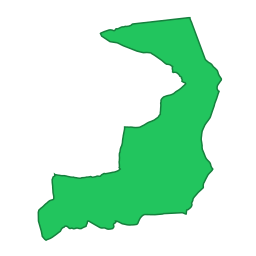 Harf Sufyan, Amran, Yemen, rotated 85°
{"feature_id": "15242507B58979028300057", "entity_name": "Harf Sufyan", "entity_type": "district", "adm_level": 2, "iso_a3": "YEM", "parent_name": "Yemen", "parent_adm1": "Amran", "projection": "natural_earth1", "projection_center": [43.96, 16.372], "detail": "fine", "context": "isolated", "style": "filled", "palette": "green", "viewbox_px": 256, "rotation_deg": 85, "n_neighbors": 0, "source": "geoboundaries", "source_scale": "gbopen_adm2", "svg_char_len": 5755}
<svg xmlns="http://www.w3.org/2000/svg" viewBox="0 0 256 256"><g transform="rotate(85 128 128)"><path d="M216.4,100.1L217.1,81.4L217.5,80.3L218.7,78.1L218.7,77.5L216.0,77.0L214.6,76.4L214.6,75.4L213.2,73.2L211.9,71.8L210.7,71.2L210.2,71.0L209.5,71.0L208.3,71.2L206.0,69.8L205.4,69.7L204.5,69.4L203.8,69.1L203.1,68.5L202.4,67.9L200.4,65.8L199.7,65.1L198.5,63.9L198.0,63.3L196.9,61.9L196.4,61.2L194.8,59.2L194.2,58.4L193.5,58.1L191.8,58.1L191.0,57.9L190.3,57.7L189.4,57.4L188.8,56.9L188.0,56.4L187.3,56.0L185.0,54.6L181.9,52.6L181.1,51.9L180.5,51.3L179.8,50.5L179.3,49.9L177.6,48.0L177.1,47.7L176.3,47.1L175.1,47.9L173.7,48.5L172.9,48.7L171.0,49.0L170.4,49.2L169.7,49.5L169.3,49.7L168.4,50.4L167.2,51.4L166.3,52.1L165.4,52.7L163.8,53.4L159.3,54.7L156.2,55.7L156.0,55.8L153.8,55.9L151.8,55.7L148.4,55.9L146.1,56.1L144.4,55.9L143.4,55.7L142.1,55.4L140.4,55.1L137.6,54.4L134.4,52.7L133.4,52.1L131.9,51.3L130.0,49.8L127.2,47.3L125.2,45.6L124.4,45.1L122.9,44.4L120.8,43.5L117.8,42.2L117.2,41.9L113.4,40.2L112.1,39.8L111.0,39.4L106.5,37.2L101.7,35.2L100.5,34.6L99.7,34.2L99.4,34.1L99.2,34.6L99.0,34.8L98.5,35.1L97.9,35.4L96.8,35.8L96.3,35.8L95.2,35.7L94.5,35.5L93.8,35.3L93.0,34.8L92.2,34.2L89.1,31.6L88.5,31.0L87.8,30.8L87.4,30.7L87.1,30.8L86.6,31.0L85.9,31.4L85.5,31.6L83.8,32.6L83.5,32.7L82.9,32.9L82.2,33.2L81.1,33.4L80.3,33.6L79.3,33.8L78.2,34.3L77.8,34.6L75.9,36.2L74.5,37.6L74.2,37.8L72.3,38.9L71.8,39.2L71.5,39.6L70.9,40.2L69.9,41.7L69.3,42.4L68.6,43.1L66.9,44.7L66.2,45.1L31.7,54.6L28.3,55.5L26.3,56.2L24.4,56.7L23.5,56.7L23.4,58.1L24.8,114.1L24.9,114.4L25.0,114.8L25.5,115.4L25.8,115.7L25.9,116.0L26.1,116.4L26.3,117.2L26.5,117.8L26.6,118.2L26.6,118.6L26.7,120.1L26.7,120.8L26.5,121.9L26.6,122.3L26.8,123.0L26.9,123.4L26.9,123.7L26.8,124.4L26.8,125.2L26.9,125.6L27.1,126.3L27.6,127.7L27.8,128.0L28.0,128.7L28.2,129.5L28.3,129.8L28.3,130.2L28.1,130.9L28.2,131.3L28.4,131.6L28.7,131.8L28.9,132.0L29.5,132.5L29.6,132.8L29.8,133.1L29.8,133.5L29.7,133.9L29.6,134.3L29.4,134.6L29.2,134.9L29.0,135.6L28.8,136.4L28.7,137.1L28.7,137.9L28.7,138.4L28.8,138.7L29.9,143.2L30.8,145.9L30.9,146.4L31.4,147.2L34.2,146.2L40.4,138.4L42.2,131.2L45.6,125.6L52.2,112.3L54.3,106.1L54.4,102.6L55.1,98.8L56.1,97.7L57.9,95.2L59.9,92.8L62.0,90.3L63.5,88.5L66.0,86.1L66.9,85.2L67.8,84.0L68.1,82.3L68.8,80.4L70.0,79.2L70.6,78.2L71.8,78.6L73.2,78.7L74.0,78.5L74.9,78.5L76.0,78.7L76.6,78.1L76.5,77.0L76.8,75.2L77.5,74.3L78.6,73.1L79.5,72.4L80.9,71.8L81.5,70.9L82.3,70.2L83.3,70.4L84.6,69.7L86.1,70.2L87.2,68.8L88.0,67.1L89.0,66.7L90.3,68.1L91.2,69.4L91.8,70.1L92.8,71.4L93.8,72.9L94.7,74.4L95.4,75.9L96.2,77.4L97.4,79.0L97.9,80.0L98.5,81.6L98.9,83.2L99.0,84.2L99.1,85.2L99.4,86.9L99.9,88.7L100.2,89.8L101.2,91.1L102.3,92.2L103.2,92.7L104.8,92.8L105.8,93.2L106.6,93.3L107.6,93.2L109.1,93.4L111.6,93.8L113.2,94.0L114.7,94.3L116.1,94.6L117.2,94.6L118.2,95.8L119.7,96.8L120.6,98.2L121.4,99.6L122.3,101.0L123.4,104.2L123.8,105.8L124.2,107.1L124.9,108.7L126.5,111.8L127.1,113.4L128.2,116.0L128.3,117.2L128.3,118.9L128.2,120.4L128.0,122.0L127.5,124.1L127.3,125.7L127.3,126.9L127.0,128.6L126.9,129.8L126.7,131.3L128.7,131.5L129.8,131.8L135.3,133.4L136.3,133.6L138.2,134.1L139.0,134.3L140.6,134.6L142.4,134.9L143.9,135.4L144.7,135.7L145.6,136.1L146.3,136.6L148.2,137.4L151.3,138.1L152.4,138.7L154.4,139.0L157.2,139.1L158.4,139.3L159.5,139.4L161.0,139.8L163.7,139.8L165.7,139.9L166.8,140.3L168.2,139.3L169.5,141.2L170.1,142.8L170.4,144.0L170.7,145.2L170.8,146.3L170.8,147.3L171.1,149.1L171.5,153.2L171.5,153.9L171.6,154.3L171.5,154.8L171.2,155.8L171.9,157.4L172.2,158.1L172.6,158.7L173.6,159.7L173.6,160.7L173.2,162.9L173.7,164.6L173.9,166.4L174.0,167.8L173.1,169.4L173.3,170.5L173.4,172.2L173.3,173.5L173.5,174.6L173.6,176.1L173.5,178.2L173.8,179.2L173.9,180.2L173.7,181.4L173.5,182.4L173.1,183.6L172.7,185.5L172.2,186.6L172.2,187.5L171.9,189.3L171.6,190.2L170.9,192.6L170.5,193.6L169.9,195.8L169.8,197.7L169.6,198.8L169.1,200.6L168.9,201.7L168.6,202.8L168.3,203.9L168.0,204.8L167.7,205.1L169.4,205.1L170.2,206.8L173.0,208.1L174.0,208.1L175.7,208.2L179.6,208.1L180.6,208.2L182.1,208.2L183.2,208.2L185.8,208.3L186.8,208.2L189.7,207.9L191.3,208.0L192.2,208.2L192.8,209.0L193.2,211.0L193.5,212.1L194.3,213.6L195.5,215.1L196.4,216.5L197.4,217.8L198.2,218.7L198.9,219.6L199.9,221.0L200.4,221.9L201.0,222.6L202.0,223.9L204.1,224.7L212.9,225.3L223.4,223.3L228.5,222.8L231.5,220.7L232.6,219.4L232.3,218.9L231.2,215.1L230.6,213.8L230.0,212.6L229.5,211.8L228.1,209.4L226.9,207.5L226.1,206.3L225.0,204.5L224.5,204.1L223.0,203.2L222.7,202.9L221.6,201.8L221.5,201.0L221.1,200.1L220.5,199.7L220.3,198.8L220.4,198.0L220.8,197.1L222.0,195.9L222.6,195.5L223.1,194.6L223.0,193.7L222.8,192.8L223.1,192.0L223.6,191.3L223.6,190.4L223.6,189.6L223.2,188.6L223.3,186.8L223.5,186.4L223.9,185.4L224.1,184.1L224.1,183.3L223.4,181.8L222.7,179.8L222.3,178.4L220.8,177.8L220.6,177.7L219.4,177.0L218.3,176.7L217.8,176.6L217.2,176.0L217.4,175.1L217.6,174.8L221.2,169.7L224.6,164.8L225.0,164.0L225.3,163.2L225.4,161.4L225.4,160.5L225.7,159.5L226.1,158.8L226.5,158.0L226.5,157.9L226.8,157.6L227.1,156.2L227.1,154.2L226.9,152.4L226.8,152.0L225.4,150.8L224.5,150.6L223.8,150.9L223.0,150.9L222.3,150.5L221.8,150.1L221.8,149.9L221.5,149.2L220.9,148.4L219.9,148.3L219.7,148.4L219.8,147.6L220.1,146.8L220.5,145.9L221.8,143.7L222.4,142.9L222.8,142.2L223.1,141.4L223.4,140.3L224.3,137.5L224.5,136.6L224.8,134.7L224.8,132.9L224.9,131.9L224.9,129.9L224.8,128.0L224.5,127.2L223.9,126.6L223.2,126.2L222.5,125.9L220.9,125.0L219.4,124.1L218.7,123.6L218.1,123.0L217.5,122.4L216.9,121.7L216.4,120.9L215.9,120.1L215.7,119.2L215.7,118.3L216.0,115.6L216.2,113.7L216.4,111.6L216.6,109.7L216.7,108.8L216.7,107.9L216.7,106.2L216.7,103.2L216.7,102.3L216.7,101.4L216.6,100.5L216.4,100.1Z" fill="#22c55e" stroke="#15803d" stroke-width="1.5"/></g></svg>